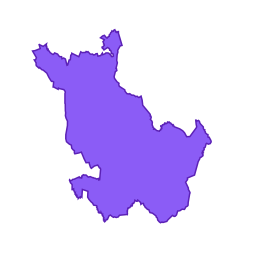 outline of Vietalvas pag., Plavinu, Latvia, rotated 79°
{"feature_id": "27541924B27962464442280", "entity_name": "Vietalvas pag.", "entity_type": "district", "adm_level": 2, "iso_a3": "LVA", "parent_name": "Latvia", "parent_adm1": "Plavinu", "projection": "equal_earth", "projection_center": [25.736, 56.75], "detail": "fine", "context": "isolated", "style": "filled", "palette": "violet", "viewbox_px": 256, "rotation_deg": 79, "n_neighbors": 0, "source": "geoboundaries", "source_scale": "gbopen_adm2", "svg_char_len": 5846}
<svg xmlns="http://www.w3.org/2000/svg" viewBox="0 0 256 256"><g transform="rotate(79 128 128)"><path d="M99.2,109.1L99.6,110.2L100.1,110.7L100.0,111.9L98.6,112.9L98.6,114.7L97.8,115.1L96.9,116.2L96.6,117.1L96.7,117.6L96.3,118.3L95.0,119.3L94.9,119.9L94.6,120.1L94.8,120.5L94.1,122.5L91.4,123.9L89.9,123.9L85.4,128.6L83.4,128.8L82.4,128.3L80.5,130.0L76.6,131.8L74.9,131.8L70.3,129.7L69.5,128.0L67.5,128.0L67.2,128.4L62.0,126.0L59.6,126.2L54.0,124.7L51.5,123.4L50.1,123.4L49.0,122.7L45.9,120.0L45.8,118.1L33.3,119.3L31.5,119.0L31.4,119.5L32.1,120.7L31.0,121.3L31.2,121.7L29.0,122.2L29.4,123.5L30.2,124.0L30.0,124.4L30.2,124.9L29.7,125.3L30.7,125.9L31.1,126.7L32.7,127.9L33.1,128.7L34.4,128.9L34.7,130.2L35.1,130.4L35.7,131.2L35.5,131.8L32.5,133.5L32.8,135.4L34.2,137.8L36.8,134.4L37.8,135.2L38.4,136.1L40.6,135.7L40.9,135.9L41.2,135.5L42.4,135.5L43.6,137.5L43.7,138.1L44.9,137.9L44.8,137.4L46.8,136.7L45.1,132.7L46.5,131.2L48.2,131.1L48.3,130.5L48.6,130.2L51.2,129.8L51.3,130.2L51.8,130.3L51.9,129.4L52.5,128.5L54.6,128.6L55.0,129.3L54.7,130.6L53.7,130.8L50.8,132.7L50.4,133.8L50.1,135.4L50.7,136.2L51.2,138.8L49.6,138.9L51.7,141.0L51.7,143.8L49.1,144.0L49.0,145.3L49.7,146.5L49.7,147.8L48.6,148.8L48.6,149.8L48.2,151.0L45.4,152.7L45.7,153.4L44.9,154.5L45.7,155.2L45.3,158.3L45.2,158.8L44.2,159.8L48.6,162.7L43.9,168.9L44.8,169.1L45.7,170.3L50.0,171.6L50.0,172.8L54.6,175.2L54.8,175.9L48.3,176.3L47.0,177.8L47.4,179.6L45.3,179.6L45.0,181.3L43.9,182.2L42.0,183.0L40.7,185.1L40.3,185.7L41.5,187.1L41.4,187.8L39.1,190.1L37.4,190.7L36.7,191.7L35.6,191.3L35.1,191.5L35.8,192.2L35.7,192.3L34.4,192.6L33.3,192.3L32.3,192.4L32.3,192.8L31.7,192.9L31.7,192.4L31.3,192.6L29.9,192.0L31.7,195.7L29.3,199.0L28.6,199.4L33.3,199.0L34.3,204.5L34.2,207.0L41.5,204.5L43.4,205.7L43.3,207.0L46.5,205.8L48.6,206.2L49.4,206.1L52.2,204.0L51.6,203.5L51.8,203.2L54.2,201.6L55.1,200.1L58.7,197.2L63.2,196.0L67.1,194.5L67.7,194.1L67.8,193.1L68.6,192.2L74.2,193.9L73.2,193.6L76.7,189.2L75.6,188.7L76.1,188.1L78.1,183.6L80.2,182.7L80.9,182.7L82.1,183.3L91.8,185.2L92.4,185.0L99.1,186.2L101.2,186.3L104.0,187.1L106.6,186.9L109.7,186.1L114.1,187.0L122.7,190.3L126.6,191.1L129.7,191.0L132.5,188.8L134.0,186.9L137.0,187.1L138.9,186.1L140.0,185.0L142.3,185.4L143.2,185.1L143.1,181.0L142.8,178.4L149.7,177.0L154.1,175.8L154.5,172.7L155.8,172.8L159.5,172.3L160.6,171.7L158.9,168.2L158.6,164.8L161.8,163.6L162.0,163.0L163.1,162.7L173.4,165.7L173.4,166.7L171.9,166.6L172.1,168.5L171.0,169.9L170.7,170.9L170.0,171.8L170.0,172.2L168.5,174.4L168.6,176.4L166.2,178.1L165.7,180.5L165.4,180.7L166.0,182.2L166.5,182.2L167.1,183.0L167.7,182.8L168.1,183.0L167.7,183.3L167.9,184.2L167.3,185.0L167.4,185.3L166.7,185.3L168.0,190.7L167.9,192.1L168.4,192.7L168.9,194.4L167.7,195.2L168.1,195.4L170.8,194.9L172.5,193.8L173.2,193.7L177.6,194.6L177.4,193.2L177.8,193.4L177.8,193.8L178.1,193.8L178.3,193.7L178.4,193.1L180.6,192.8L181.0,192.3L181.7,192.4L181.6,192.2L182.7,192.6L182.9,191.9L183.6,192.0L183.8,191.7L184.2,192.0L185.1,191.6L184.8,191.1L186.3,191.2L186.7,190.2L187.7,190.3L187.2,189.7L187.2,189.0L186.9,188.7L187.4,188.1L186.4,187.7L186.8,187.2L186.8,186.7L187.1,186.5L179.6,184.5L182.5,179.4L188.2,180.8L190.7,179.9L193.5,178.3L195.0,177.1L197.1,176.5L198.3,173.6L199.6,173.5L200.0,173.9L201.3,173.3L201.8,173.8L202.5,173.6L202.6,173.2L204.6,173.0L205.1,173.2L205.6,172.8L205.0,172.4L205.1,172.2L206.1,171.6L206.1,170.9L205.7,170.7L206.5,170.6L206.7,170.1L208.0,169.9L208.0,169.5L208.6,169.9L209.4,169.7L209.6,169.2L210.1,169.2L210.6,169.2L211.3,168.8L212.0,169.3L212.9,169.0L213.4,169.5L213.7,169.0L214.6,169.4L215.6,168.8L214.6,167.4L213.6,166.8L213.9,165.7L210.6,163.4L210.1,161.9L211.8,160.5L212.9,159.3L212.6,158.4L213.6,156.6L213.4,154.4L212.0,153.1L212.7,145.7L212.9,145.2L211.5,144.8L210.0,144.8L209.8,144.5L208.9,144.5L208.4,144.0L206.9,143.6L207.1,143.3L206.4,142.5L206.6,141.6L205.6,140.6L205.7,140.3L205.2,139.9L204.7,139.8L205.2,139.0L204.7,138.9L204.7,138.5L203.0,138.2L202.9,137.7L203.2,137.5L203.1,136.8L202.6,136.6L201.8,135.7L200.2,135.0L201.5,133.7L201.7,133.0L200.6,132.2L203.4,129.9L205.4,129.9L204.8,128.8L205.0,127.3L206.7,127.2L207.8,126.6L209.3,126.2L210.3,125.2L211.6,124.5L212.1,123.2L215.2,122.6L216.3,120.2L219.6,117.3L221.0,117.2L221.5,116.6L222.2,116.4L224.0,116.4L226.1,115.2L227.2,114.2L226.8,112.6L227.4,111.7L227.1,107.7L225.7,106.3L222.3,101.0L223.6,99.6L223.6,98.5L222.6,97.0L219.0,95.1L219.1,92.8L218.0,90.3L218.7,88.2L218.2,87.6L216.6,86.4L216.0,84.5L215.3,83.8L212.5,83.1L204.3,80.0L203.6,79.5L202.9,79.5L199.6,80.5L198.5,80.2L192.2,81.8L190.0,79.4L188.4,79.2L186.9,71.7L174.4,65.5L172.0,63.5L170.7,62.8L170.7,62.0L169.6,59.8L168.9,59.5L168.6,59.8L167.8,59.5L167.4,59.6L167.4,59.3L167.2,59.3L167.1,60.0L166.4,59.9L166.4,59.5L165.4,59.3L165.6,59.0L165.2,59.1L165.2,58.8L164.5,58.4L164.6,58.0L164.0,57.8L163.6,57.3L162.0,57.2L161.8,56.2L161.4,55.8L158.5,54.4L158.1,53.7L159.2,52.2L159.0,50.3L157.5,49.0L156.2,49.0L152.5,50.1L152.4,51.0L152.0,51.2L149.7,50.8L149.3,51.6L147.4,53.0L146.6,52.8L145.3,53.3L144.4,53.0L144.2,53.7L143.0,54.1L141.3,53.9L137.8,56.1L136.3,56.6L135.1,56.6L134.0,57.4L134.3,58.9L133.2,59.7L133.2,60.0L137.9,60.4L139.4,60.3L140.6,60.7L148.2,68.9L147.7,72.1L143.5,73.4L141.2,74.8L138.7,77.4L135.5,82.5L133.9,82.8L133.4,83.1L133.9,83.6L133.3,83.7L132.3,84.8L131.6,84.9L130.9,85.8L130.2,86.2L130.6,86.7L129.7,87.5L129.6,88.0L130.6,88.6L131.0,89.8L130.1,90.7L130.1,91.0L131.1,91.3L131.0,91.8L131.6,92.3L131.4,92.8L131.4,93.4L131.8,93.9L132.5,94.1L132.2,95.4L132.9,95.5L134.3,94.8L135.1,95.0L135.3,95.3L135.2,95.8L135.4,96.3L136.3,96.4L136.7,97.7L137.1,97.9L136.0,100.3L133.6,102.2L134.2,102.8L134.1,103.0L133.4,102.4L132.1,103.4L131.7,103.2L129.5,103.7L126.9,103.0L125.4,103.4L123.8,104.4L122.4,103.3L120.8,103.2L120.5,103.9L118.8,103.6L108.5,109.2L103.3,108.8L99.2,109.1Z" fill="#8b5cf6" stroke="#5b21b6" stroke-width="1.5"/></g></svg>